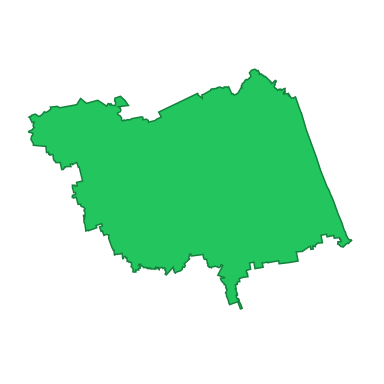 Angel R. Cabada, Veracruz, Mexico (Albers equal-area conic projection), rotated 71°
{"feature_id": "50627088B47201282051967", "entity_name": "Angel R. Cabada", "entity_type": "district", "adm_level": 2, "iso_a3": "MEX", "parent_name": "Mexico", "parent_adm1": "Veracruz", "projection": "albers", "projection_center": [-95.399, 18.593], "detail": "fine", "context": "isolated", "style": "filled", "palette": "green", "viewbox_px": 384, "rotation_deg": 71, "n_neighbors": 0, "source": "geoboundaries", "source_scale": "gbopen_adm2", "svg_char_len": 5979}
<svg xmlns="http://www.w3.org/2000/svg" viewBox="0 0 384 384"><g transform="rotate(71 192 192)"><path d="M252.3,213.6L254.7,201.9L257.9,202.5L259.8,202.2L260.3,200.3L262.6,200.2L264.2,200.8L265.3,200.3L266.8,201.1L268.1,200.6L268.3,199.9L269.0,200.0L269.5,198.5L270.0,198.2L269.3,197.6L270.0,193.7L272.3,191.2L271.8,189.6L271.4,188.9L270.5,188.7L270.2,187.9L271.5,186.8L279.1,194.7L283.9,188.5L282.8,193.2L284.3,193.3L287.4,192.5L288.5,191.5L290.1,191.7L290.4,190.8L292.4,190.6L293.4,191.3L294.2,190.8L294.6,191.1L294.9,190.7L295.8,190.9L296.6,191.3L298.4,193.2L299.6,192.6L301.7,193.3L305.7,192.9L309.2,193.3L310.8,193.0L310.6,184.4L318.3,184.3L318.4,182.5L314.5,182.4L310.6,183.0L310.6,183.4L309.4,183.3L309.4,182.6L308.1,182.8L308.1,183.9L304.4,184.2L304.4,182.8L303.0,182.9L303.1,182.2L297.9,182.5L298.1,181.8L293.8,181.1L294.1,179.1L291.9,178.7L292.3,176.0L289.2,175.5L289.4,170.6L290.4,166.7L286.9,166.1L286.8,166.7L283.9,166.2L284.1,161.7L277.9,160.7L278.5,156.4L285.0,157.4L286.3,149.2L282.1,148.7L282.5,146.1L283.0,143.2L283.6,143.3L285.2,132.5L288.2,133.0L290.5,122.4L291.8,114.2L282.6,112.9L284.1,107.0L282.0,99.6L281.9,97.9L284.9,98.3L285.4,95.9L282.4,95.5L283.8,93.2L282.4,92.9L282.1,91.4L281.2,90.1L282.5,85.2L274.9,84.1L275.8,78.5L278.4,78.9L279.2,72.2L282.0,72.6L283.1,67.4L284.9,67.6L285.0,66.9L287.4,67.1L286.5,70.2L288.7,71.2L289.2,70.4L292.2,68.9L292.6,67.3L293.3,67.1L291.2,62.7L291.1,61.6L291.6,61.2L291.2,59.9L290.6,59.4L290.1,57.3L289.7,56.8L289.1,57.0L288.4,58.8L286.8,59.6L282.7,60.2L279.6,60.0L278.6,60.4L276.8,60.5L270.2,60.3L260.5,61.0L246.7,61.1L236.9,61.9L235.5,61.7L231.1,62.6L213.3,63.4L200.4,63.1L170.5,63.7L152.5,62.8L151.9,63.1L147.8,63.2L135.8,63.2L136.0,65.3L135.8,67.0L135.5,67.5L133.5,68.1L133.4,68.6L132.5,69.2L132.4,68.3L130.1,68.8L130.2,70.2L129.0,72.2L129.4,73.1L128.4,73.5L127.8,73.0L127.7,72.1L128.1,72.1L127.6,71.1L125.9,71.1L124.8,70.3L124.3,70.3L124.4,72.2L125.0,74.1L123.7,74.5L124.1,75.5L123.5,75.6L123.6,76.3L123.2,76.4L123.7,78.1L121.8,78.6L120.2,79.9L118.9,80.0L117.6,78.4L116.9,78.7L116.4,78.4L115.2,76.6L114.4,76.3L113.6,76.9L115.6,81.3L113.8,81.9L113.6,81.5L108.9,83.9L108.3,84.5L106.9,84.7L106.7,85.7L106.1,86.0L106.1,87.0L105.8,86.3L105.1,86.3L104.9,87.4L103.1,87.8L102.7,88.7L103.0,89.8L102.0,90.0L101.4,89.5L98.6,89.9L98.5,91.6L97.0,91.8L96.3,92.9L96.2,96.0L96.4,95.6L96.4,96.4L98.1,99.0L100.5,98.5L102.1,98.9L104.0,103.0L103.4,103.7L103.1,103.4L103.8,105.6L104.9,106.6L106.1,109.4L107.5,109.9L107.5,110.6L108.2,111.0L109.5,110.8L109.1,111.3L113.5,116.4L114.0,119.1L114.1,120.4L113.4,121.0L112.3,121.2L112.3,122.4L104.5,123.1L104.9,123.8L104.6,124.5L104.0,124.7L103.2,127.4L103.8,127.6L104.1,128.6L103.0,129.9L103.0,130.3L102.0,131.1L101.6,132.6L101.7,134.6L102.1,134.7L102.1,135.4L101.5,137.1L101.8,138.0L101.2,138.7L101.0,139.6L101.4,140.5L101.2,140.8L101.9,141.1L103.4,148.8L103.4,151.0L106.7,151.8L101.9,154.9L101.3,154.4L100.6,154.6L105.6,197.5L111.1,196.6L111.7,201.8L112.4,203.6L111.8,210.4L110.1,210.1L108.3,211.4L107.8,214.6L105.2,214.2L104.6,214.9L103.0,225.2L103.6,227.2L102.6,229.5L102.7,232.2L102.0,232.4L101.8,233.1L102.2,234.4L101.9,234.8L101.3,235.1L98.8,234.5L96.5,235.2L94.6,236.9L94.0,237.0L93.1,236.6L92.7,233.6L91.3,232.5L89.0,232.6L87.4,233.9L89.5,223.9L83.8,225.5L78.2,228.5L78.2,234.3L80.8,235.6L81.8,234.9L84.1,235.7L84.9,236.4L84.9,237.6L83.3,240.2L82.9,239.7L82.1,239.9L82.5,241.6L81.6,241.6L81.1,242.5L83.0,244.7L74.6,251.2L73.8,262.9L67.3,266.9L71.9,272.6L69.3,289.5L68.1,290.8L67.6,290.9L67.5,291.5L66.8,292.3L66.7,294.1L65.6,298.2L67.4,298.3L68.6,300.9L69.2,303.7L68.8,304.9L68.0,305.5L69.8,308.2L70.7,310.9L70.3,312.7L67.6,314.5L67.2,315.5L67.3,319.0L68.1,319.5L67.9,321.1L68.1,321.8L68.7,321.3L74.4,320.5L74.6,318.4L76.5,320.1L77.6,320.6L78.9,320.7L79.7,320.2L81.3,323.4L81.4,326.0L81.9,326.9L82.4,326.8L83.9,324.3L84.9,323.4L86.2,324.0L87.0,325.5L89.9,327.2L94.3,326.2L96.2,326.8L101.3,315.3L107.3,316.7L107.6,314.9L109.6,315.2L109.7,314.2L110.9,314.4L111.1,311.6L112.3,311.2L113.2,311.8L116.3,312.3L117.6,312.0L117.7,311.6L119.9,311.2L121.3,307.0L128.4,307.9L128.8,306.3L127.7,305.0L127.6,304.2L126.9,304.0L127.7,300.5L128.6,298.2L126.1,298.0L126.5,295.7L127.2,295.8L126.4,291.4L131.6,291.4L131.6,290.5L146.0,291.9L145.3,298.0L148.9,298.5L148.5,300.5L147.5,300.4L146.6,302.9L149.2,303.7L151.7,303.7L154.1,304.1L154.6,302.3L156.5,302.8L156.2,306.1L157.2,306.1L157.7,307.0L159.1,306.2L159.3,303.1L166.5,303.8L167.4,301.3L169.1,301.6L169.9,301.1L170.8,299.7L172.8,298.5L173.5,298.9L173.7,299.8L174.8,300.3L175.3,299.8L176.4,299.7L178.9,300.7L178.8,302.2L180.2,302.5L180.3,301.4L182.5,302.5L182.1,302.9L185.6,304.0L187.7,303.7L194.3,305.1L194.3,302.5L194.9,302.5L194.8,293.7L192.5,293.7L192.5,287.8L194.9,287.8L194.9,290.8L199.7,290.8L199.7,289.4L204.4,289.4L204.2,287.0L205.5,284.6L209.1,285.9L218.1,285.8L221.9,285.3L221.9,284.6L226.2,285.9L226.5,285.6L226.0,284.3L226.8,282.7L226.5,282.0L227.4,280.1L226.9,278.9L227.2,278.0L232.5,279.2L232.6,278.4L231.6,277.9L231.0,277.1L231.2,276.0L233.1,275.9L233.3,275.0L236.6,275.9L236.6,274.8L237.1,274.4L238.0,274.4L238.2,272.9L239.2,272.6L239.3,272.3L240.3,272.8L241.5,272.8L242.6,273.9L244.9,272.8L246.9,273.2L248.2,273.9L249.1,272.4L249.3,271.0L247.5,270.6L248.4,267.7L246.8,267.3L247.1,265.6L244.2,265.0L243.7,266.3L243.1,265.6L243.6,264.1L244.5,264.5L247.6,261.9L247.8,262.1L248.8,259.1L249.5,259.3L249.7,258.3L250.3,258.4L250.6,257.0L250.0,256.9L250.4,255.8L251.6,255.7L252.4,252.6L252.7,252.7L253.0,251.6L253.0,250.9L251.7,251.1L251.7,251.4L251.2,250.6L252.1,249.5L252.1,248.5L252.4,248.3L252.6,249.3L252.9,249.3L254.7,248.3L253.6,247.7L253.2,245.2L254.8,244.5L254.6,242.8L255.9,242.1L256.6,243.1L259.0,242.4L260.9,244.1L262.0,243.3L257.0,234.4L257.7,234.7L259.5,234.2L259.6,234.7L262.3,234.7L263.3,234.1L262.6,232.7L262.8,228.6L261.9,226.3L260.0,225.4L260.7,223.6L259.4,222.3L257.4,222.7L254.6,216.2L254.2,216.0L253.5,216.5L252.5,216.1L249.9,214.1L250.3,213.3L252.3,213.6Z" fill="#22c55e" stroke="#15803d" stroke-width="1.5"/></g></svg>